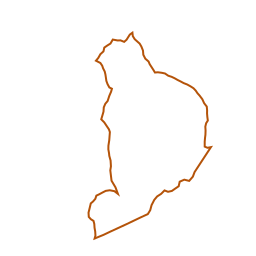 Remígio, Paraíba, Brazil (Mercator projection), rotated 63°
{"feature_id": "56859067B40752085564557", "entity_name": "Remígio", "entity_type": "district", "adm_level": 2, "iso_a3": "BRA", "parent_name": "Brazil", "parent_adm1": "Paraíba", "projection": "mercator", "projection_center": [-35.861, -6.94], "detail": "fine", "context": "isolated", "style": "outline", "palette": "amber", "viewbox_px": 256, "rotation_deg": 63, "n_neighbors": 0, "source": "geoboundaries", "source_scale": "gbopen_adm2", "svg_char_len": 1659}
<svg xmlns="http://www.w3.org/2000/svg" viewBox="0 0 256 256"><g transform="rotate(63 128 128)"><path d="M42.3,101.4L44.8,105.3L45.1,108.9L45.6,112.6L48.6,115.1L49.7,119.1L52.1,122.7L53.5,126.0L57.5,123.1L60.8,122.7L63.5,123.1L67.1,123.1L70.0,123.8L73.6,125.0L76.2,125.9L79.6,126.3L83.4,126.2L85.7,124.5L88.0,126.6L90.9,130.1L94.7,133.9L96.1,137.2L98.6,140.2L102.3,142.4L105.3,145.2L108.1,147.9L112.2,146.6L116.4,146.1L120.5,145.6L123.4,146.0L130.3,150.2L134.9,153.5L138.1,155.2L141.7,156.3L144.3,157.3L149.1,158.3L154.4,160.6L157.7,163.0L167.5,166.6L175.2,166.1L182.1,166.9L178.1,168.8L175.2,172.5L173.9,176.4L173.9,180.1L174.0,183.9L173.9,186.9L176.3,189.3L177.6,192.5L178.3,195.4L181.8,198.4L185.5,201.6L189.4,203.3L192.4,202.5L195.1,200.9L198.2,201.6L201.7,203.1L205.3,204.2L209.0,205.8L211.3,207.9L212.1,198.3L212.3,190.7L213.0,173.1L213.4,157.3L213.7,149.4L211.3,145.5L207.4,142.0L205.7,139.6L204.0,137.3L202.2,133.1L201.7,128.3L200.2,123.8L203.0,121.3L204.0,117.5L203.5,114.0L202.9,109.3L199.3,106.3L199.6,101.3L202.9,97.5L200.8,92.3L197.5,88.7L182.7,62.8L181.7,66.2L179.4,68.1L174.9,65.8L171.7,63.8L169.2,62.1L165.4,60.0L161.9,58.5L159.2,56.2L157.6,53.5L154.2,52.3L151.0,51.0L148.2,49.5L144.7,48.1L140.4,48.9L136.2,48.7L131.6,49.5L128.6,50.3L125.4,50.7L122.3,51.6L119.4,53.3L116.1,55.5L113.3,58.0L110.4,60.0L107.7,62.0L104.8,63.9L102.2,65.9L99.7,68.4L96.2,70.3L94.1,72.9L91.9,76.1L90.8,78.8L87.8,79.0L83.9,79.4L81.0,79.7L78.1,79.5L74.1,81.1L69.7,81.1L65.8,79.5L61.4,79.1L58.1,79.3L54.5,80.7L51.9,81.7L48.3,82.0L45.1,80.8L45.6,84.0L47.2,86.7L48.7,89.2L49.5,92.3L46.5,94.9L45.3,97.5L42.3,101.4Z" fill="none" stroke="#b45309" stroke-width="2"/></g></svg>